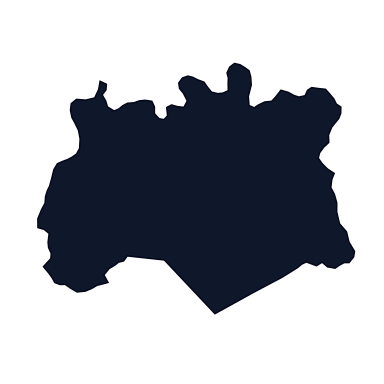 the district of Ouro Verde, Santa Catarina, Brazil, rotated 174°
{"feature_id": "56859067B85493452784852", "entity_name": "Ouro Verde", "entity_type": "district", "adm_level": 2, "iso_a3": "BRA", "parent_name": "Brazil", "parent_adm1": "Santa Catarina", "projection": "orthographic", "projection_center": [-52.278, -26.711], "detail": "fine", "context": "isolated", "style": "filled", "palette": "ink", "viewbox_px": 384, "rotation_deg": 174, "n_neighbors": 0, "source": "geoboundaries", "source_scale": "gbopen_adm2", "svg_char_len": 1991}
<svg xmlns="http://www.w3.org/2000/svg" viewBox="0 0 384 384"><g transform="rotate(174 192 192)"><path d="M36.6,116.0L41.2,125.9L42.5,136.2L48.7,145.1L50.2,157.1L49.2,166.1L50.7,174.9L53.5,181.8L51.7,189.9L48.7,195.6L55.0,200.8L59.8,206.8L62.9,212.5L61.1,217.6L56.2,223.0L50.8,227.0L50.3,234.5L46.4,241.7L42.6,245.7L38.5,249.7L35.9,254.7L35.1,260.9L39.3,264.4L41.3,269.8L44.6,274.7L48.5,280.2L54.7,281.5L62.1,283.3L66.4,281.1L69.5,275.9L75.7,275.2L80.5,277.3L86.0,281.1L92.9,283.9L98.8,277.8L103.2,273.9L110.4,273.9L117.0,271.5L121.3,269.2L126.3,272.1L126.0,281.3L121.9,292.3L121.6,300.5L122.6,306.6L126.7,310.3L130.9,313.5L136.3,315.4L141.4,312.3L144.7,306.8L143.9,301.7L144.7,296.3L145.3,289.0L150.9,287.1L156.0,287.1L162.2,289.3L165.8,294.8L168.6,300.0L174.5,302.9L179.3,306.0L184.0,307.7L189.6,306.4L193.8,301.7L193.5,296.2L190.2,291.1L187.1,283.1L191.2,277.0L197.9,278.5L203.2,280.7L208.3,278.7L208.3,270.4L212.2,266.9L217.1,268.3L221.2,273.8L220.5,280.7L222.5,286.4L229.1,288.1L234.8,288.1L240.4,286.8L246.8,287.0L251.7,285.1L256.1,282.2L261.0,280.7L267.2,285.5L268.4,291.7L271.2,298.0L266.9,302.6L265.9,308.1L271.8,311.7L274.1,303.7L278.9,295.7L288.2,294.5L297.2,296.2L302.8,292.5L304.3,286.1L303.6,278.7L301.3,273.2L298.4,265.3L297.7,256.5L299.2,247.1L302.8,241.9L307.3,239.3L312.1,237.3L317.5,235.9L322.9,234.2L327.0,228.7L330.1,220.0L332.9,212.9L335.8,208.3L338.1,202.8L339.3,196.2L343.4,190.2L348.1,181.5L348.9,172.7L342.9,170.3L338.4,165.7L340.4,156.9L340.4,151.6L338.4,145.7L339.3,140.5L347.5,133.3L342.9,126.4L340.1,121.5L337.9,116.3L332.9,113.8L327.8,113.4L322.4,108.8L316.7,104.6L308.3,104.6L301.4,106.8L296.3,109.1L290.1,110.0L285.0,110.8L288.3,118.7L282.4,124.6L276.7,127.2L272.4,129.9L267.2,130.6L263.1,135.2L226.6,127.3L181.9,68.6L143.4,84.9L129.8,90.4L110.7,98.1L94.8,105.9L90.5,108.8L85.6,110.5L81.0,108.2L75.9,105.7L69.9,108.6L65.0,103.4L57.6,101.3L53.3,103.7L48.1,105.9L43.2,105.4L38.1,110.5L36.6,116.0Z" fill="#0f172a" stroke="#020617" stroke-width="1.5"/></g></svg>